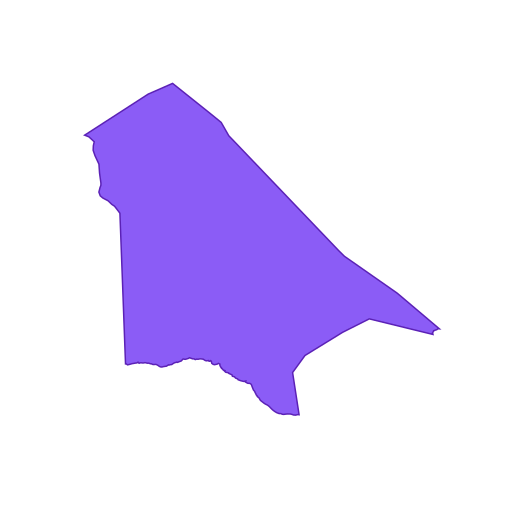 Ngeruluobel, Airai, Palau, rotated 284°
{"feature_id": "81905179B90317674654188", "entity_name": "Ngeruluobel", "entity_type": "district", "adm_level": 2, "iso_a3": "PLW", "parent_name": "Palau", "parent_adm1": "Airai", "projection": "albers", "projection_center": [134.513, 7.38], "detail": "fine", "context": "isolated", "style": "filled", "palette": "violet", "viewbox_px": 512, "rotation_deg": 284, "n_neighbors": 0, "source": "geoboundaries", "source_scale": "gbopen_adm2", "svg_char_len": 2400}
<svg xmlns="http://www.w3.org/2000/svg" viewBox="0 0 512 512"><g transform="rotate(284 256 256)"><path d="M119.7,155.5L119.9,156.4L119.6,156.9L119.3,157.7L119.9,158.9L120.8,160.5L121.6,161.9L122.1,163.1L122.8,164.6L123.4,166.2L124.4,167.2L123.9,167.7L123.7,168.6L124.3,169.3L124.7,171.0L124.8,172.1L125.2,173.2L125.7,174.1L125.7,175.2L125.7,176.5L126.1,177.8L126.0,178.6L125.9,179.6L126.1,180.5L125.9,181.4L125.8,182.3L126.1,183.5L126.6,185.0L126.5,186.0L126.1,187.5L125.6,188.7L125.3,190.0L125.5,191.5L126.4,193.2L127.5,195.9L128.6,196.8L129.3,197.6L129.1,198.0L129.7,198.9L130.3,200.5L131.9,201.9L133.1,203.3L133.2,203.9L133.9,204.8L133.8,205.7L134.5,206.5L135.1,207.4L136.0,208.8L136.6,209.2L137.3,209.5L138.2,210.0L138.5,210.6L138.5,211.5L138.7,212.5L139.5,213.9L140.5,215.5L141.2,216.0L141.2,216.8L141.0,217.9L140.9,219.4L141.2,220.8L140.8,222.1L141.6,223.4L141.8,224.8L142.7,226.6L142.9,227.9L143.1,229.8L142.6,231.1L142.3,232.1L142.3,233.2L143.1,235.3L142.6,235.7L142.7,236.7L143.5,237.4L142.9,238.2L141.2,239.0L140.5,240.6L140.5,242.1L141.7,244.5L142.7,245.4L142.4,247.1L141.2,247.4L139.7,248.6L139.3,249.5L138.6,249.7L138.3,250.7L137.3,252.0L137.3,253.5L136.7,253.3L135.9,254.7L136.0,257.7L135.5,258.0L134.9,261.4L133.6,262.2L133.6,264.3L132.6,265.7L132.3,267.9L131.6,268.6L131.3,271.3L131.3,274.3L132.2,276.3L131.2,276.2L130.7,277.9L130.5,279.0L130.9,280.7L130.7,281.7L130.0,282.7L128.5,283.7L125.4,285.9L124.3,287.5L123.2,288.2L122.5,289.0L121.4,289.7L120.4,291.2L120.0,291.2L118.8,293.6L118.1,294.1L117.0,295.2L116.4,296.5L115.7,298.1L115.1,299.4L114.6,300.9L114.1,303.2L113.6,304.4L113.0,305.6L112.2,306.8L111.3,308.3L110.4,310.0L109.6,312.0L109.0,314.0L108.7,316.5L109.1,318.3L108.8,319.7L109.0,321.2L109.7,322.9L110.3,324.6L111.0,327.6L111.0,329.4L110.8,330.8L111.2,333.0L112.2,334.8L112.4,336.2L151.8,319.7L171.3,327.6L178.5,334.6L188.7,344.6L202.9,358.5L222.4,381.1L222.7,446.7L223.5,446.3L223.9,445.8L226.3,446.6L226.5,446.5L227.0,447.3L227.6,448.1L228.2,449.2L229.4,450.1L229.7,451.5L254.1,402.0L277.1,341.9L281.3,334.8L366.1,200.5L377.2,189.9L383.4,176.7L403.3,133.3L387.0,112.2L331.8,60.5L331.2,65.0L327.7,71.4L323.6,71.5L319.2,72.4L314.4,75.5L307.1,81.4L298.7,84.1L289.2,87.9L287.1,88.4L284.5,88.1L280.0,88.1L276.7,90.3L275.2,93.4L273.8,99.1L271.2,103.6L270.1,106.7L267.9,109.5L264.6,113.6L200.0,132.3L119.7,155.5Z" fill="#8b5cf6" stroke="#5b21b6" stroke-width="1.5"/></g></svg>